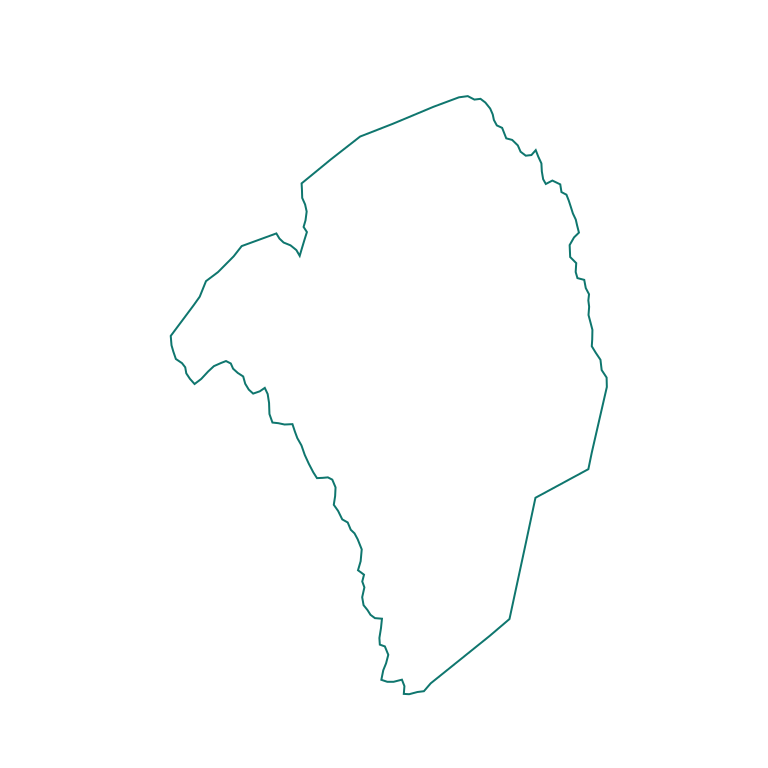 outline of Itabaianinha, Sergipe, Brazil, rotated 12°
{"feature_id": "56859067B9262557988032", "entity_name": "Itabaianinha", "entity_type": "district", "adm_level": 2, "iso_a3": "BRA", "parent_name": "Brazil", "parent_adm1": "Sergipe", "projection": "equal_earth", "projection_center": [-37.794, -11.271], "detail": "fine", "context": "isolated", "style": "outline", "palette": "teal", "viewbox_px": 768, "rotation_deg": 12, "n_neighbors": 0, "source": "geoboundaries", "source_scale": "gbopen_adm2", "svg_char_len": 2138}
<svg xmlns="http://www.w3.org/2000/svg" viewBox="0 0 768 768"><g transform="rotate(12 384 384)"><path d="M590.7,315.3L584.7,309.5L579.4,303.9L578.4,297.1L576.6,287.7L573.2,280.9L569.7,274.0L568.6,265.8L566.5,259.8L565.9,253.6L561.4,248.2L558.2,240.5L551.2,240.2L548.2,234.6L546.9,225.8L539.7,221.1L536.7,209.5L539.4,201.1L543.2,195.4L539.9,188.7L537.4,183.3L533.3,177.9L529.9,171.9L526.6,166.2L523.1,160.9L517.7,159.4L514.9,152.1L506.4,150.0L500.7,154.7L497.1,150.6L494.2,143.3L492.1,135.5L487.6,129.5L483.8,123.7L480.6,129.4L475.2,131.2L469.3,128.4L465.3,122.8L458.6,118.6L452.5,118.3L446.3,108.9L440.6,107.6L436.6,102.9L434.3,97.7L430.6,92.5L424.6,87.6L419.1,85.0L413.3,87.0L406.1,85.0L397.7,88.0L374.7,102.6L338.3,127.8L309.2,146.9L285.2,175.5L261.7,204.9L263.4,211.2L265.3,219.0L269.5,224.8L272.5,231.4L273.2,240.2L272.7,247.1L277.0,251.4L276.2,259.8L275.4,269.5L274.9,276.2L270.4,271.2L263.7,267.8L256.4,266.5L251.5,263.5L247.4,259.1L216.1,278.7L210.4,290.4L198.4,309.0L188.5,320.4L185.6,336.9L181.4,346.6L165.4,381.3L168.1,390.3L171.2,396.1L175.2,402.8L182.1,405.6L186.1,409.0L188.4,414.7L193.1,419.3L198.7,423.4L204.2,417.0L209.4,408.3L213.9,401.9L220.4,397.2L224.7,394.4L229.9,395.8L233.2,400.4L238.7,403.6L244.7,405.9L248.2,412.6L252.9,417.6L258.0,420.6L264.0,417.0L268.2,412.6L272.3,418.0L275.5,426.4L278.2,437.2L282.9,444.9L288.7,444.3L295.2,444.3L302.8,442.3L306.7,449.0L310.5,455.0L316.0,461.2L321.2,469.8L327.0,477.6L333.2,485.1L338.0,490.0L343.7,488.5L348.5,487.0L353.3,488.3L358.1,495.2L359.5,503.8L360.0,512.6L365.5,517.7L371.3,525.1L377.3,527.0L381.8,533.5L386.2,536.2L390.5,541.3L396.6,550.4L398.0,562.2L397.3,571.6L404.1,574.7L403.8,581.7L407.1,587.0L407.0,597.1L410.0,604.6L414.8,608.5L418.8,612.6L423.8,614.9L430.8,614.0L431.8,623.4L432.3,633.4L434.1,639.8L439.4,640.5L444.5,648.0L444.1,656.8L442.8,664.1L442.9,673.9L449.1,674.6L455.3,673.3L463.0,669.5L466.8,675.3L467.8,683.0L473.1,682.2L480.8,678.3L486.9,676.2L491.9,667.1L539.6,608.6L555.6,587.8L555.8,511.0L555.8,482.3L555.8,463.8L601.6,424.8L601.5,407.9L602.6,340.6L600.4,331.4L594.0,325.1L590.7,315.3Z" fill="none" stroke="#0f766e" stroke-width="2"/></g></svg>